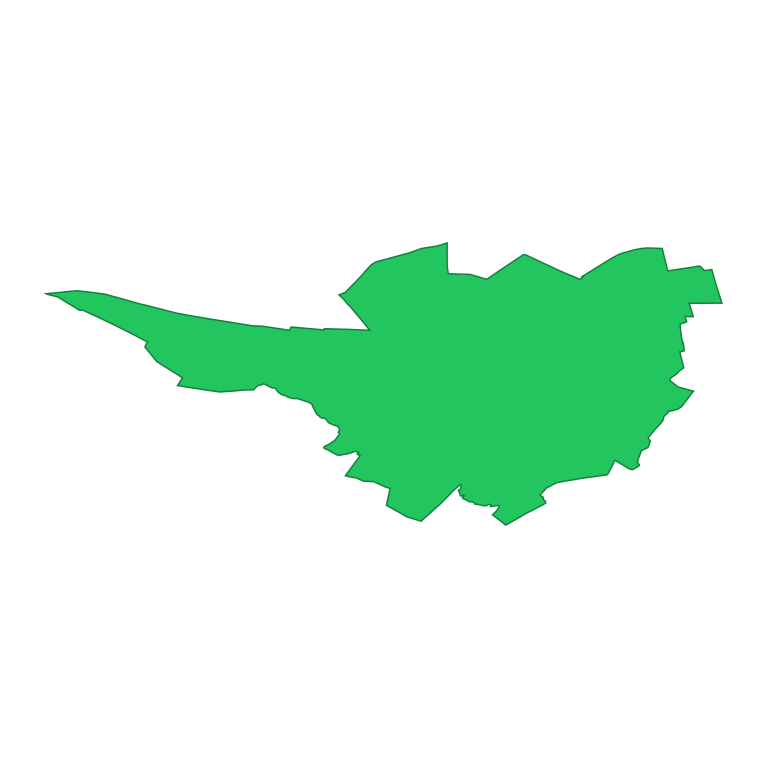 Gulbene, Gulbene, Latvia (Equal Earth projection)
{"feature_id": "27541924B45220335031479", "entity_name": "Gulbene", "entity_type": "district", "adm_level": 2, "iso_a3": "LVA", "parent_name": "Latvia", "parent_adm1": "Gulbene", "projection": "equal_earth", "projection_center": [26.756, 57.173], "detail": "fine", "context": "isolated", "style": "filled", "palette": "green", "viewbox_px": 768, "rotation_deg": 0, "n_neighbors": 0, "source": "geoboundaries", "source_scale": "gbopen_adm2", "svg_char_len": 5552}
<svg xmlns="http://www.w3.org/2000/svg" viewBox="0 0 768 768"><path d="M669.6,411.2L669.6,410.8L671.8,410.7L674.7,410.0L677.3,409.3L677.9,409.1L681.4,406.8L685.6,401.4L689.2,396.7L692.3,392.6L693.5,391.2L678.1,387.0L669.5,380.2L670.6,378.1L677.5,373.2L679.5,370.9L683.8,367.7L681.5,359.0L680.1,353.1L679.8,351.9L680.9,351.8L680.9,351.6L683.3,351.1L683.9,350.5L684.1,350.6L684.2,349.7L684.1,348.7L684.0,348.0L683.9,347.2L683.6,345.5L683.3,343.7L683.3,343.4L683.1,342.8L682.7,341.8L682.3,341.0L682.0,340.0L681.5,337.3L681.0,333.6L680.7,331.5L680.1,324.1L686.6,321.9L685.1,316.4L693.3,316.7L689.2,303.3L721.9,303.1L716.6,286.5L712.5,272.3L711.8,269.6L704.8,270.5L704.4,270.6L699.9,266.0L686.4,268.1L667.7,270.9L666.5,266.1L665.0,259.8L663.7,254.6L663.5,254.0L662.3,248.5L657.7,248.3L651.6,248.1L647.1,248.0L642.2,248.4L641.6,248.5L635.6,249.5L622.9,253.0L618.4,254.6L610.8,258.7L601.9,264.3L582.1,276.5L583.0,277.0L580.1,279.4L564.8,273.0L564.1,272.7L556.3,269.2L550.2,266.3L549.1,265.8L546.0,264.4L542.0,262.5L538.2,260.7L536.2,259.8L526.9,255.4L525.9,255.0L524.5,254.6L524.1,254.5L523.8,254.6L523.4,254.7L517.4,258.7L503.5,267.9L497.0,272.3L486.7,279.3L470.1,274.4L463.8,274.2L458.8,274.1L448.3,273.7L447.2,266.6L447.1,255.5L447.2,244.4L447.1,242.9L441.7,244.7L436.5,246.1L421.1,248.6L409.9,252.7L404.7,254.1L390.1,258.1L376.0,261.9L371.3,264.7L364.7,271.9L362.5,274.6L361.4,275.8L357.2,280.2L354.7,282.8L345.2,292.4L343.0,293.3L341.8,293.8L339.1,294.9L342.1,297.8L343.8,299.5L347.7,304.1L350.9,307.4L354.7,312.0L356.2,313.7L359.4,317.6L359.5,317.7L363.1,322.1L366.0,325.6L369.8,330.3L351.2,329.5L345.3,329.3L344.8,329.3L324.3,328.7L324.1,329.9L291.0,327.0L289.5,330.3L279.4,328.7L262.1,326.2L252.5,325.8L218.0,320.3L188.6,315.4L175.8,313.0L150.1,306.3L139.6,303.8L105.3,294.2L91.2,292.3L77.2,290.8L69.0,291.4L57.3,292.7L46.1,293.7L47.6,294.4L57.8,296.9L62.5,299.8L62.7,300.0L66.0,302.0L69.1,303.9L74.1,306.9L79.3,310.2L82.8,310.1L92.8,314.8L93.6,315.1L112.6,324.1L137.0,336.4L147.4,341.9L144.9,347.0L156.9,361.7L182.5,377.8L177.5,385.6L200.3,389.1L207.0,390.2L219.8,392.0L223.8,391.7L230.6,391.2L236.8,390.7L245.0,389.9L253.0,389.9L253.6,389.8L254.2,389.2L257.2,386.1L258.3,385.5L261.8,384.7L263.3,383.9L264.0,384.0L266.3,384.9L267.3,385.7L271.7,387.6L272.4,388.0L274.7,388.0L275.7,388.6L276.7,390.2L278.5,392.5L281.6,394.6L282.9,394.9L286.4,396.1L288.3,397.4L289.9,397.5L291.2,398.2L292.7,398.5L295.3,398.6L297.0,398.5L305.8,401.3L307.2,401.7L308.2,402.1L309.4,402.7L310.6,403.2L311.9,404.1L312.5,405.8L313.1,407.4L314.6,410.1L315.4,411.5L316.9,414.5L318.7,415.5L319.1,416.1L319.7,416.7L320.8,417.6L321.4,417.8L322.0,418.0L322.7,418.1L323.6,418.0L324.2,418.1L326.1,419.5L326.8,420.0L327.4,421.3L328.6,422.7L328.9,422.8L333.0,424.8L335.6,425.6L336.9,426.1L337.5,426.3L338.2,427.0L338.7,427.9L338.9,428.3L339.5,429.3L339.5,430.2L339.4,430.4L338.8,431.2L338.3,432.0L338.3,432.4L338.9,432.8L339.2,433.2L339.4,434.2L338.6,435.3L337.4,437.0L335.7,439.2L334.2,441.0L332.9,441.6L330.6,443.2L328.4,444.6L325.4,446.0L324.1,446.7L323.9,447.1L323.8,447.4L323.9,447.8L324.8,448.8L326.7,449.3L327.8,449.8L330.3,451.3L334.4,453.5L337.9,455.3L341.3,454.9L347.3,453.8L350.3,453.0L354.8,451.4L356.0,451.5L357.4,452.2L358.4,452.3L359.0,452.6L357.3,454.4L360.2,455.5L352.8,465.6L345.4,475.8L348.4,476.5L351.6,477.2L353.1,477.5L354.2,477.6L356.1,477.7L357.4,478.3L358.9,479.2L359.9,479.6L361.6,480.4L363.8,481.2L370.2,481.5L373.7,481.7L375.2,482.3L382.0,485.4L385.0,486.8L386.4,487.4L390.1,488.3L387.3,501.4L386.4,505.2L394.1,509.6L401.9,513.9L402.7,514.4L405.8,516.3L406.8,516.8L413.9,519.0L421.1,521.2L422.0,520.3L427.7,515.3L433.3,510.2L441.0,503.3L447.3,496.9L453.6,490.4L460.3,484.5L460.4,484.9L461.5,485.2L461.0,486.5L460.8,487.4L460.3,489.4L458.4,490.3L459.8,493.4L460.4,495.8L461.3,495.9L462.6,495.3L463.5,495.1L464.2,495.4L463.8,496.1L462.6,497.0L462.4,497.9L463.3,498.7L464.2,499.3L465.3,499.5L466.3,499.8L467.2,500.4L468.1,501.3L470.0,501.8L471.3,501.8L472.9,502.1L474.5,502.9L474.9,504.0L475.2,504.1L476.2,504.3L477.7,504.4L480.4,505.0L482.7,505.6L486.2,505.7L489.1,504.4L490.3,504.4L490.8,504.7L490.4,506.5L491.6,506.5L495.6,505.8L496.8,505.6L499.2,505.5L499.1,506.5L498.6,507.7L496.5,511.0L492.5,514.8L499.6,520.3L505.8,525.1L506.0,525.0L511.2,522.0L514.2,520.3L522.2,515.7L526.3,513.3L533.9,509.5L545.1,503.5L545.6,503.2L545.7,501.7L545.5,501.3L545.2,500.9L544.7,500.7L544.2,500.3L543.8,499.9L543.4,499.4L543.5,499.3L543.4,498.5L543.3,497.5L542.9,497.1L542.1,496.6L541.4,496.3L541.2,496.1L540.1,495.0L541.0,494.0L541.7,493.2L544.5,490.1L544.9,489.9L545.8,488.4L551.3,485.5L553.3,484.4L556.7,482.8L560.2,482.0L566.0,481.0L573.0,479.8L580.0,478.6L583.1,478.1L588.4,477.3L594.0,476.7L599.8,475.8L606.9,474.8L607.7,474.2L610.0,470.1L611.5,467.3L614.7,460.4L616.0,461.0L618.1,462.2L620.5,463.6L623.2,465.2L627.2,467.7L628.9,468.7L630.9,469.3L631.6,469.6L633.1,469.4L634.4,468.7L634.7,468.4L635.1,468.2L635.8,467.9L636.2,467.5L636.6,467.4L637.6,466.7L637.8,466.4L638.5,466.2L638.8,466.0L639.1,465.5L639.4,465.2L639.4,464.9L639.1,464.3L638.4,463.7L638.0,463.1L637.6,462.8L637.2,462.3L638.0,460.3L638.8,457.7L639.0,456.8L640.1,454.3L641.2,450.9L641.8,450.5L647.2,447.9L647.9,447.7L648.1,447.3L648.3,446.5L649.2,444.3L649.4,443.2L650.3,441.5L650.4,441.2L650.1,440.8L649.6,440.2L648.3,438.3L648.3,437.7L649.6,436.1L655.4,428.9L658.0,426.3L659.9,424.3L660.8,423.2L663.1,420.1L663.1,418.9L664.1,416.2L664.4,415.9L667.4,413.3L667.9,412.9L667.9,412.7L667.9,412.1L667.9,411.9L667.9,411.3L668.7,411.3L669.6,411.2Z" fill="#22c55e" stroke="#15803d" stroke-width="1.5"/></svg>